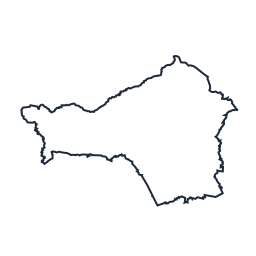 Jungapeo, Michoacán, Mexico, rotated 94°
{"feature_id": "50627088B21047289087879", "entity_name": "Jungapeo", "entity_type": "district", "adm_level": 2, "iso_a3": "MEX", "parent_name": "Mexico", "parent_adm1": "Michoacán", "projection": "equal_earth", "projection_center": [-100.507, 19.411], "detail": "fine", "context": "isolated", "style": "outline", "palette": "slate", "viewbox_px": 256, "rotation_deg": 94, "n_neighbors": 0, "source": "geoboundaries", "source_scale": "gbopen_adm2", "svg_char_len": 5805}
<svg xmlns="http://www.w3.org/2000/svg" viewBox="0 0 256 256"><g transform="rotate(94 128 128)"><path d="M169.6,208.9L167.7,206.4L167.1,206.0L164.5,203.0L163.7,201.3L162.3,201.2L159.7,201.4L159.3,201.9L158.7,201.8L157.8,202.4L157.2,202.5L156.6,201.3L157.0,198.7L157.4,197.6L156.5,195.0L157.0,191.9L157.3,187.0L158.3,184.0L159.0,183.3L158.6,181.3L158.7,178.1L158.3,177.9L158.1,176.0L158.3,175.1L158.8,174.3L157.9,173.1L157.9,172.4L157.5,171.1L157.5,167.2L159.0,166.5L159.5,166.4L158.9,165.5L158.2,165.4L158.2,164.7L157.3,165.2L157.1,164.1L156.7,163.8L157.0,162.6L157.6,162.1L157.2,152.8L158.2,150.9L158.0,150.2L158.2,148.2L160.0,146.6L160.8,146.6L160.9,145.4L162.2,142.1L161.3,142.1L160.2,142.7L158.4,140.6L157.4,139.7L157.5,139.2L157.2,139.4L156.6,138.5L157.4,136.9L157.2,136.2L156.9,136.3L155.4,134.0L155.9,132.2L155.3,132.2L155.6,131.9L155.8,130.4L155.4,129.4L157.9,128.5L158.6,127.9L159.2,126.1L159.5,125.7L159.3,125.3L160.6,123.6L161.3,121.3L163.3,121.3L166.4,118.1L168.2,116.5L168.5,116.5L169.4,115.2L169.8,115.5L170.4,115.5L170.6,115.8L170.9,115.1L171.6,115.0L172.0,114.3L173.4,113.8L173.9,112.7L173.9,110.7L174.8,110.9L183.6,104.8L193.6,98.9L194.2,99.0L194.2,98.6L203.2,93.2L200.5,86.8L200.1,86.6L199.7,85.8L200.1,85.7L200.0,84.7L200.6,84.7L200.4,82.9L199.9,82.7L198.7,80.9L198.3,78.3L197.6,77.2L196.5,76.5L196.4,76.0L195.5,76.0L195.8,74.5L194.7,74.5L194.6,74.0L194.2,73.8L194.1,73.0L194.3,72.4L193.4,72.3L193.5,72.1L193.1,70.5L192.5,69.4L193.7,66.2L196.4,66.0L198.5,66.4L197.8,64.8L198.0,64.6L197.8,64.1L198.1,63.4L194.5,63.4L194.3,62.4L193.7,62.4L193.9,62.3L193.6,60.9L192.9,60.9L193.1,59.9L193.6,59.4L194.3,59.0L193.5,58.7L194.0,56.0L192.2,53.7L193.3,48.1L191.8,48.3L191.8,46.3L189.5,46.9L190.7,35.8L186.5,29.0L181.9,31.4L181.6,30.9L181.1,31.8L180.5,30.8L179.4,32.9L179.2,32.7L177.6,32.5L176.3,34.2L174.2,35.7L173.0,36.1L172.6,36.8L171.4,37.6L170.6,37.7L170.6,38.4L168.8,38.0L167.6,37.3L166.4,35.6L164.2,35.9L164.6,34.2L164.7,30.4L160.2,30.5L160.8,32.8L158.6,32.8L158.6,32.0L157.8,31.0L156.3,31.4L156.3,31.0L155.3,31.0L153.6,32.3L153.6,33.0L153.2,33.9L152.9,33.2L152.3,32.9L152.3,33.4L151.9,33.4L151.9,34.1L149.5,34.1L148.2,35.1L145.9,36.0L144.5,34.6L143.6,34.8L143.0,35.5L142.6,35.1L142.0,35.5L141.4,35.4L141.2,35.0L140.1,35.0L140.0,35.8L139.4,36.0L138.5,35.0L137.4,34.7L137.1,34.2L136.5,34.1L135.1,35.1L134.2,35.0L135.0,36.1L133.4,37.3L133.2,37.3L133.1,36.9L132.8,37.0L130.6,40.0L129.6,38.8L125.6,36.9L124.7,36.6L123.2,36.6L122.9,35.5L121.0,35.0L119.7,33.8L118.8,33.6L117.5,32.5L115.6,32.7L116.0,33.9L112.2,32.0L111.9,31.4L110.3,30.6L109.2,31.0L108.8,30.8L108.5,32.4L108.1,31.6L107.8,30.5L107.3,30.2L106.3,30.2L104.5,28.3L104.1,26.7L103.6,26.2L102.9,24.9L102.7,24.1L102.8,23.2L102.1,22.2L102.5,20.5L102.1,20.3L100.9,22.0L99.8,22.4L99.2,23.4L98.7,23.5L96.1,26.0L94.8,25.8L93.0,27.0L92.3,28.2L93.1,28.8L93.0,30.6L92.3,31.1L91.0,30.8L92.1,32.5L92.0,33.2L92.4,33.6L92.3,34.7L92.4,36.1L91.7,36.3L90.3,35.6L88.9,36.0L88.4,35.5L88.1,35.6L87.7,37.2L86.9,37.4L86.3,38.0L86.0,38.6L86.6,39.6L86.5,41.3L85.6,42.8L85.5,43.4L86.1,44.7L86.2,46.5L85.6,48.3L84.5,49.5L83.0,48.8L79.4,49.3L77.9,50.2L75.9,50.8L73.9,52.0L72.8,51.9L71.8,52.4L71.2,52.0L70.0,54.5L62.8,64.9L61.7,67.1L61.1,70.4L61.6,71.9L59.1,74.7L58.7,76.1L58.9,78.1L58.8,79.6L57.4,80.5L55.2,81.3L53.5,82.5L52.8,85.1L53.2,87.0L53.4,87.3L53.9,87.3L54.9,86.6L56.7,86.0L57.8,86.3L58.8,87.3L59.7,87.2L60.6,88.0L61.0,89.0L61.9,89.8L62.3,90.6L62.2,92.4L63.4,94.9L64.3,95.2L66.0,98.3L66.7,98.2L67.5,98.9L69.3,98.3L69.8,98.7L71.5,98.6L72.8,98.9L73.4,100.0L73.5,101.5L74.0,102.2L73.9,102.7L74.5,105.3L75.4,107.1L76.5,108.3L77.0,110.9L78.0,112.5L78.4,113.1L79.2,113.3L79.5,113.7L79.6,114.6L80.0,114.9L80.2,115.5L81.5,115.4L81.7,116.2L82.2,116.9L82.7,117.5L84.3,118.2L84.9,119.7L85.8,120.5L85.9,122.9L86.4,124.5L87.8,127.4L88.5,128.4L88.0,130.3L89.0,131.4L89.4,132.5L90.2,132.2L90.8,132.9L90.6,133.3L90.8,134.3L91.8,135.2L92.2,137.9L92.4,138.1L93.5,137.7L94.1,137.8L94.5,139.2L95.7,138.6L96.0,139.2L95.9,140.9L96.5,142.1L97.4,142.3L97.4,142.8L98.0,143.5L98.4,144.4L98.1,145.4L98.4,146.2L99.6,146.8L99.6,148.5L101.1,149.8L102.2,149.4L102.8,149.6L103.9,151.6L104.4,151.9L105.4,152.0L107.5,154.5L107.9,155.5L108.5,156.0L109.3,157.5L111.9,160.2L113.2,162.6L114.3,163.1L114.4,163.7L114.0,164.4L114.7,166.6L113.9,167.9L114.2,169.0L113.7,170.3L113.7,170.7L113.2,173.0L112.6,174.1L111.4,174.7L110.8,175.4L110.7,176.8L109.4,178.4L108.8,182.1L107.7,182.7L107.5,183.0L107.5,184.6L108.0,185.5L108.3,186.9L109.4,188.5L109.5,190.0L109.1,190.8L109.8,192.2L109.7,193.4L110.0,194.1L109.9,195.1L110.1,195.9L111.9,195.8L112.1,196.2L111.9,198.0L112.9,198.2L112.9,200.4L114.0,201.1L114.6,201.9L115.0,201.9L116.5,202.8L117.8,205.5L116.5,207.3L116.3,207.1L116.1,207.7L114.5,208.3L114.2,209.9L113.2,210.7L112.4,212.9L111.8,213.6L111.4,213.7L110.8,214.7L110.8,215.6L111.3,216.7L112.0,217.3L114.6,218.3L115.2,218.3L115.2,218.7L114.9,219.0L113.0,219.7L112.1,226.8L113.7,227.5L115.0,234.2L117.6,235.7L119.4,235.0L120.2,235.3L121.1,234.8L122.3,234.9L123.3,234.0L123.8,232.8L125.0,233.1L126.0,232.6L126.5,231.0L127.4,229.9L129.1,228.9L129.5,228.1L129.3,223.2L128.7,222.4L128.5,221.5L130.2,220.3L130.5,219.3L131.0,219.3L131.5,220.2L133.7,220.0L134.3,220.4L134.8,220.0L135.0,218.7L135.3,218.9L136.3,220.6L136.7,220.6L137.1,220.1L137.2,218.4L138.0,218.6L138.5,217.9L138.5,216.9L139.3,216.8L140.1,217.7L140.4,217.0L140.3,216.2L140.8,214.8L141.8,214.1L143.3,211.6L143.6,211.6L143.8,212.3L144.1,212.3L144.6,211.2L144.9,211.1L145.5,212.0L147.7,211.2L149.1,209.9L151.3,210.6L153.4,209.9L154.5,212.2L155.0,212.1L155.9,211.1L157.2,212.5L158.1,211.7L158.7,212.6L159.6,211.8L160.2,211.8L161.3,212.5L161.7,212.3L162.3,210.9L162.6,209.9L162.4,209.3L163.6,208.8L164.0,210.0L166.3,210.2L166.4,211.6L166.6,211.7L168.1,211.6L168.4,210.1L169.6,208.9Z" fill="none" stroke="#1e293b" stroke-width="2"/></g></svg>